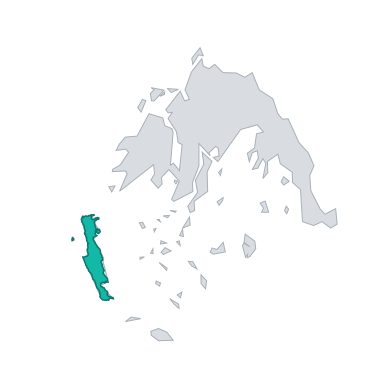 Kriti on a map of Greece (Robinson projection), rotated 70°
{"feature_id": "GRC-2990", "entity_name": "Kriti", "entity_type": "Region", "adm_level": 1, "iso_a3": "GRC", "parent_name": "Greece", "parent_adm1": "", "projection": "robinson", "projection_center": [24.784, 35.251], "detail": "fine", "context": "in_parent", "style": "filled", "palette": "teal", "viewbox_px": 384, "rotation_deg": 70, "n_neighbors": 0, "source": "natural_earth", "source_scale": "10m", "svg_char_len": 8380}
<svg xmlns="http://www.w3.org/2000/svg" viewBox="0 0 384 384"><g transform="rotate(70 192 192)"><path d="M256.8,62.7L271.9,66.6L273.3,74.0L264.3,80.1L265.1,89.1L257.7,98.3L226.9,89.2L217.4,94.3L207.8,91.0L195.7,99.3L185.9,98.4L189.1,110.7L199.7,114.1L203.6,120.8L190.5,112.9L184.8,114.0L192.1,122.0L191.5,127.6L182.8,118.0L175.5,116.5L175.7,122.0L183.1,127.8L174.5,126.7L172.0,118.2L159.3,111.4L160.2,104.3L151.2,107.8L149.9,124.9L172.3,157.3L166.9,160.1L167.2,154.2L159.8,152.4L157.2,154.2L158.7,157.5L161.1,162.7L164.2,162.5L148.8,168.9L169.9,176.6L183.1,188.2L191.9,191.1L194.6,212.4L191.9,213.6L177.4,200.2L163.0,206.1L167.9,215.8L174.1,217.3L176.9,222.5L166.7,226.5L162.2,221.0L153.2,218.7L166.5,259.8L152.8,246.8L149.4,247.4L145.6,259.9L143.6,258.8L142.1,250.3L133.0,238.0L129.1,239.5L127.0,249.0L122.3,244.2L117.6,236.0L120.7,224.5L103.7,205.6L112.5,194.1L120.4,194.9L125.6,189.2L129.6,189.4L159.4,203.1L158.6,199.6L167.6,196.5L144.1,185.0L140.9,188.1L130.0,186.0L114.7,189.4L110.4,183.2L109.5,187.4L105.7,188.5L93.2,168.6L103.8,167.8L104.1,162.8L93.6,163.6L79.1,151.6L70.1,137.2L77.7,138.4L81.9,133.7L79.8,127.1L90.5,121.9L95.3,109.7L102.3,103.1L100.4,94.6L119.1,93.9L132.0,84.1L147.3,84.6L154.3,82.3L156.2,76.6L182.2,74.6L195.0,69.3L209.1,68.4L216.8,75.7L231.4,79.9L251.9,77.4L258.3,74.6L256.8,62.7ZM188.0,294.1L197.8,291.9L196.0,295.6L203.7,300.8L215.2,298.3L246.8,301.2L248.8,309.7L265.3,302.4L260.6,313.6L217.7,316.7L214.8,310.9L207.1,308.2L179.8,304.6L179.1,294.2L182.3,295.0L184.4,289.6L188.0,294.1ZM170.1,162.7L178.3,170.9L196.9,177.1L201.4,193.2L210.3,195.9L210.8,200.7L204.0,200.8L194.2,186.8L182.1,184.8L169.9,171.4L158.1,168.8L170.1,162.7ZM267.2,151.5L272.5,159.8L272.7,162.7L269.7,161.1L271.6,164.1L259.6,162.9L258.0,160.8L263.1,156.5L256.9,160.3L249.8,156.4L259.7,149.8L267.2,151.5ZM312.8,279.3L308.8,278.3L308.8,270.2L314.9,263.7L324.8,260.4L320.4,274.2L312.8,279.3ZM257.7,193.3L254.8,195.4L251.5,192.3L254.5,188.2L250.0,179.9L259.7,181.2L257.7,193.3ZM86.7,183.6L93.4,196.1L92.6,198.8L85.2,197.5L83.1,192.7L80.0,194.7L86.7,183.6ZM72.3,147.6L66.3,146.5L59.2,135.1L67.8,134.8L65.3,138.8L72.3,147.6ZM237.2,126.9L234.8,133.5L231.5,130.3L225.7,131.8L225.6,126.3L237.2,126.9ZM280.4,208.6L287.6,212.4L281.1,214.8L272.9,211.9L280.4,208.6ZM216.9,103.4L212.9,104.7L209.0,100.7L215.2,97.0L216.9,103.4ZM90.3,204.1L99.6,212.5L94.1,214.1L88.0,206.9L90.3,204.1ZM240.9,240.3L238.1,241.7L235.1,236.4L240.2,231.7L240.9,240.3ZM222.5,205.1L222.7,213.1L214.6,202.9L222.5,205.1ZM293.5,283.4L291.0,298.9L288.8,291.8L293.5,283.4ZM91.4,177.5L86.5,179.6L90.9,169.7L91.4,177.5ZM164.5,267.4L158.6,268.4L159.9,262.2L164.5,267.4ZM284.7,249.3L292.9,242.9L297.1,244.0L290.9,247.4L284.7,249.3ZM255.8,219.2L257.6,215.2L265.8,213.7L261.3,217.7L255.8,219.2ZM231.2,233.5L230.1,239.4L227.2,237.8L231.2,233.5ZM230.9,215.4L228.7,218.6L223.8,213.6L230.9,215.4ZM213.8,171.1L209.7,171.8L208.0,164.6L210.4,166.1L213.8,171.1ZM244.8,110.4L241.3,111.4L237.5,108.3L241.2,107.1L244.8,110.4ZM209.4,248.0L209.3,251.0L202.9,252.0L203.9,248.7L209.4,248.0ZM257.0,242.7L247.0,247.0L255.0,241.4L257.0,242.7ZM205.3,214.7L201.8,219.2L204.6,213.4L205.3,214.7ZM238.3,221.4L233.4,223.6L233.6,220.7L238.3,221.4ZM269.4,254.7L265.4,257.5L263.5,256.1L266.6,252.7L269.4,254.7ZM287.4,239.0L283.7,241.1L282.6,235.8L287.4,239.0ZM207.8,223.7L204.6,227.3L206.2,221.2L207.8,223.7ZM90.9,184.5L91.1,189.5L88.5,183.4L90.9,184.5ZM236.6,249.7L235.3,251.9L232.0,248.2L236.6,249.7ZM186.2,159.6L182.7,160.3L180.5,156.1L186.2,159.6ZM178.9,204.3L176.3,205.2L174.9,204.1L176.9,201.8L178.9,204.3ZM209.2,231.9L206.0,234.1L206.5,232.1L209.2,231.9ZM236.7,258.9L237.5,263.9L235.5,263.2L236.7,258.9ZM216.5,241.0L213.8,240.6L214.0,238.3L216.5,241.0Z" fill="#d9dde1" stroke="#a8b0b8" stroke-width="1"/><path d="M265.4,302.4L265.1,303.1L264.6,303.6L264.1,304.0L263.7,304.5L264.2,306.4L264.7,307.3L265.4,306.8L265.1,307.4L264.6,308.0L264.3,308.6L264.6,309.1L264.3,309.8L264.0,310.5L263.7,311.1L263.4,311.6L263.2,311.9L262.9,312.8L262.7,313.0L262.4,313.1L262.1,313.2L261.8,313.4L260.0,314.2L259.5,314.3L258.7,314.3L258.6,314.2L258.2,313.7L257.9,313.5L257.2,313.4L256.5,313.5L256.0,313.5L255.4,313.1L255.1,312.9L254.9,312.8L254.6,312.9L254.3,313.1L254.1,313.2L253.0,313.0L251.6,313.3L249.3,314.1L242.8,313.8L240.8,314.4L240.4,314.7L239.8,314.9L237.0,314.5L234.9,314.6L234.3,314.8L233.5,314.9L233.2,315.0L232.7,315.3L231.0,316.0L230.5,316.1L228.7,315.9L228.0,316.1L227.8,316.2L227.5,316.5L227.3,316.6L227.0,316.6L226.8,316.5L226.6,316.4L226.4,316.4L225.8,316.4L225.4,316.5L224.5,316.9L224.0,316.7L223.4,316.6L215.7,316.9L215.7,316.6L216.1,316.3L216.3,315.9L216.2,314.4L216.2,314.0L216.4,313.2L216.4,312.7L216.3,312.3L216.1,311.8L215.9,311.4L215.6,311.2L215.3,310.9L215.1,310.7L214.8,310.7L212.0,310.6L211.2,310.5L210.8,310.2L210.6,310.2L210.3,310.3L209.9,310.0L209.3,309.1L208.8,308.8L208.3,308.5L207.7,308.4L207.1,308.6L205.2,307.7L205.2,307.3L205.2,307.1L201.8,307.4L199.4,307.1L199.1,306.8L199.0,306.6L198.7,306.6L198.4,306.8L196.1,306.8L195.5,306.6L195.2,306.6L195.1,307.0L195.0,306.9L194.1,307.1L193.5,306.8L192.7,305.8L192.2,305.5L189.5,305.6L188.2,305.4L187.1,304.8L186.9,305.0L186.7,305.1L186.3,305.0L185.7,305.5L183.5,305.4L182.6,305.8L182.2,305.4L180.3,305.4L179.6,305.3L179.5,305.1L179.5,304.7L179.4,304.5L179.2,304.4L178.7,304.3L178.5,304.2L178.3,304.0L178.1,303.7L177.9,303.4L177.5,303.2L177.6,302.9L177.5,302.7L177.9,302.5L178.1,302.4L178.3,302.4L178.4,302.2L178.6,302.2L178.4,301.9L178.2,301.6L178.2,301.3L178.3,300.9L178.1,300.2L178.5,299.4L179.0,298.5L179.2,297.9L179.2,297.7L178.9,297.3L178.8,297.0L179.1,296.1L179.4,295.7L179.0,295.2L179.2,294.8L179.2,294.7L179.0,294.4L179.5,293.5L179.6,293.1L179.5,292.6L180.1,291.6L180.2,291.2L180.3,292.0L180.3,293.5L180.5,294.2L180.7,294.6L180.8,294.7L181.1,294.7L181.3,294.8L181.3,295.1L181.6,295.3L181.9,295.4L182.7,295.5L183.3,295.4L183.8,295.0L184.1,294.4L184.2,293.4L184.0,292.7L183.7,292.0L183.6,291.5L183.9,291.1L183.6,290.4L183.6,289.9L183.7,289.4L184.1,288.9L184.5,288.4L184.8,288.5L185.1,288.7L185.7,289.0L185.7,289.3L185.3,289.7L185.3,290.2L185.7,291.4L185.6,292.3L185.7,292.6L186.3,293.8L186.9,294.2L189.5,294.5L190.4,294.7L190.8,294.5L192.6,294.7L193.4,294.7L193.7,294.6L194.0,294.4L194.2,294.2L194.3,293.8L194.4,293.5L194.7,293.4L195.5,293.4L195.2,292.1L196.2,291.7L197.6,291.8L198.3,292.3L199.0,293.9L198.9,294.2L198.7,294.3L198.5,294.8L198.3,295.0L198.0,295.1L197.7,295.2L197.1,295.2L195.8,295.0L195.1,294.9L194.7,295.2L194.8,295.5L195.4,295.9L196.0,296.2L196.9,296.4L197.9,297.1L198.4,297.3L199.0,297.2L199.6,296.9L200.1,296.6L200.5,296.3L200.9,298.0L200.9,298.7L200.8,300.0L200.9,300.4L201.1,300.6L201.8,300.6L202.1,300.8L203.2,301.2L206.0,300.4L207.1,300.6L207.8,300.3L210.3,299.8L211.2,299.6L213.1,298.6L213.8,298.4L214.5,298.2L215.2,298.2L218.3,298.7L218.9,299.1L219.2,298.9L219.8,298.6L220.7,298.3L222.6,299.1L222.8,298.9L223.0,298.6L223.0,298.3L224.5,298.7L224.9,299.1L225.4,299.0L225.6,299.1L225.6,299.3L225.6,299.5L225.4,300.0L225.7,300.9L226.3,301.3L227.3,301.4L228.7,301.3L229.6,301.1L230.1,301.1L230.4,301.4L230.6,301.6L230.9,301.7L231.8,301.7L233.6,301.4L234.3,301.6L234.8,301.6L235.3,301.4L235.5,301.7L235.7,301.4L236.3,301.9L236.7,302.5L237.3,303.0L238.2,303.2L239.1,303.1L244.0,301.3L244.6,301.1L245.0,301.2L245.7,301.6L246.1,301.7L248.0,301.7L247.7,302.2L247.4,302.6L246.7,303.2L246.9,303.5L246.7,303.8L246.7,304.1L246.8,304.3L247.1,304.5L247.1,303.8L247.2,303.5L247.5,303.6L247.7,304.0L247.6,304.3L247.7,304.5L247.6,304.8L247.4,304.6L247.2,304.7L246.9,305.0L247.0,305.3L246.7,305.8L246.5,306.3L246.7,307.1L246.3,307.4L246.4,307.7L246.6,308.1L246.7,308.5L246.8,309.3L247.1,309.4L247.6,309.3L248.1,309.5L248.5,309.8L248.9,309.9L249.6,309.9L250.0,309.7L250.5,308.6L250.9,308.4L251.2,308.4L251.4,308.3L251.7,308.1L252.0,307.4L252.5,307.2L253.5,307.2L254.6,306.9L254.9,306.8L255.8,306.2L256.1,305.9L256.4,305.8L256.7,305.7L256.9,305.8L257.0,305.7L257.4,305.5L257.9,305.9L259.1,306.2L258.7,306.6L259.4,306.9L260.2,306.8L261.0,306.5L261.5,306.0L261.4,306.0L261.4,305.9L262.2,305.0L262.8,304.2L263.4,303.6L264.5,303.5L264.3,303.0L264.6,303.0L264.7,302.8L264.6,302.6L264.5,302.4L265.4,302.4ZM196.6,319.7L196.4,320.1L196.3,320.5L196.5,320.8L196.8,321.0L196.8,321.3L195.9,321.2L195.2,320.8L194.0,320.0L194.0,319.7L194.3,319.7L194.6,319.6L194.9,319.4L195.1,319.2L195.5,319.2L195.8,319.3L196.6,319.5L196.6,319.7Z" fill="#14b8a6" stroke="#0f766e" stroke-width="1.5"/></g></svg>